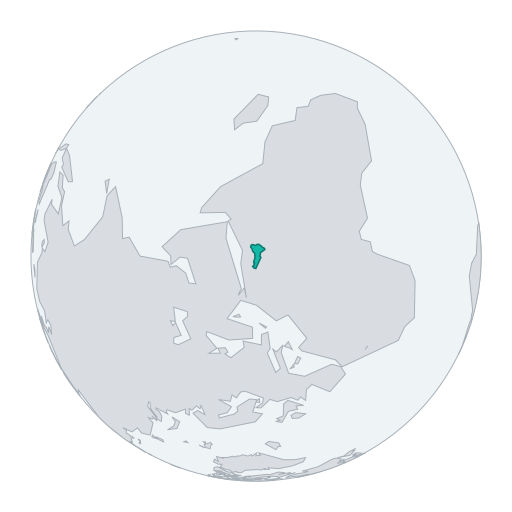 River Nile highlighted on a globe, orthographic projection, rotated 198°
{"feature_id": "SDN-877", "entity_name": "River Nile", "entity_type": "State", "adm_level": 1, "iso_a3": "SDN", "parent_name": "Sudan", "parent_adm1": "", "projection": "orthographic", "projection_center": [33.548, 18.954], "detail": "fine", "context": "on_globe", "style": "filled", "palette": "teal", "viewbox_px": 512, "rotation_deg": 198, "n_neighbors": 0, "source": "natural_earth", "source_scale": "10m", "svg_char_len": 10834}
<svg xmlns="http://www.w3.org/2000/svg" viewBox="0 0 512 512"><g transform="rotate(198 256 256)"><circle cx="256" cy="256" r="225" fill="#eef3f6" stroke="#a8b0b8"/><path d="M273.3,31.4L268.7,31.1L262.3,30.8L273.3,31.4ZM233.9,31.8L232.4,32.0L203.2,37.0L205.2,36.6L195.4,39.3L194.1,40.0L189.1,41.4L192.4,41.0L197.2,39.6L200.3,39.2L200.0,39.7L193.5,41.3L192.7,41.3L190.7,42.1L187.6,42.7L188.9,42.7L181.1,45.0L188.3,43.7L181.6,46.4L176.5,47.7L177.9,46.3L169.4,48.0L169.1,48.2L184.8,42.3L200.9,37.6L217.3,34.1L233.9,31.8ZM148.7,57.9L140.1,62.9L134.6,66.3L126.5,71.7L129.2,70.1L136.4,65.4L139.3,64.4L147.9,59.5L150.3,58.7L158.7,54.8L156.5,57.0L149.8,61.5L142.7,65.1L139.6,67.4L145.6,65.7L131.7,74.9L121.3,85.8L117.8,88.4L112.2,89.3L114.0,84.2L106.9,88.0L110.6,87.5L101.7,95.1L99.9,97.4L99.8,98.5L102.8,96.6L99.6,100.0L94.7,101.0L97.5,97.9L99.0,97.4L99.8,95.4L96.5,97.3L92.3,101.7L91.8,101.8L104.7,89.1L118.5,77.6L133.2,67.1L148.7,57.9ZM32.8,225.3L32.0,232.9L32.2,246.9L32.3,257.8L31.9,262.5L32.8,266.8L32.9,270.6L40.2,287.4L46.9,302.7L48.7,315.6L47.0,325.9L54.6,353.7L54.0,355.8L47.2,340.5L41.5,324.7L36.9,308.6L33.6,292.1L31.6,275.5L30.7,258.8L31.2,242.0L32.8,225.3ZM159.4,53.9L159.0,54.3L157.6,54.8L159.4,53.9ZM163.3,52.0L161.9,52.3L163.6,51.4L164.4,51.3L163.3,52.0ZM164.7,52.0L166.8,50.0L169.8,48.6L175.4,47.0L164.7,52.0ZM303.4,35.8L300.7,35.2L299.9,35.0L303.4,35.8ZM198.9,39.0L193.7,40.5L198.4,38.9L198.9,39.0ZM201.1,38.2L210.9,35.3L218.4,33.9L213.6,34.9L223.6,33.3L222.4,33.9L216.7,35.1L212.1,35.7L215.2,35.6L201.1,38.2ZM295.3,34.4L295.3,34.6L293.4,34.1L295.3,34.4ZM201.9,38.9L203.2,38.2L209.8,36.9L208.4,38.0L206.7,38.0L201.9,38.9ZM226.8,32.7L231.4,32.2L231.8,32.5L233.6,32.5L223.1,33.9L226.8,32.7ZM205.1,38.6L207.5,38.7L204.1,39.9L201.1,39.5L205.1,38.6ZM212.1,36.2L215.2,35.7L213.0,36.3L212.1,36.2ZM193.4,45.1L194.8,43.9L198.4,43.0L193.4,45.1ZM208.6,38.7L209.8,38.3L211.4,37.9L212.2,38.3L208.6,38.7ZM224.0,34.2L223.2,34.6L228.4,33.6L228.8,34.2L221.7,35.2L225.0,35.0L219.1,35.8L224.0,34.2ZM217.8,37.7L208.9,39.8L205.5,42.0L202.2,42.7L208.3,39.1L217.8,37.7ZM219.1,36.5L217.6,37.4L214.3,37.6L213.3,37.2L219.1,36.5ZM231.7,34.3L232.8,33.2L234.4,33.1L231.7,34.3ZM217.5,38.3L219.6,37.8L217.6,38.4L217.5,38.3ZM228.1,35.4L228.3,34.9L230.0,34.7L228.1,35.4ZM223.8,37.5L220.9,38.0L220.1,37.6L223.8,37.5ZM226.3,36.4L228.6,36.4L221.6,37.2L226.1,36.2L226.3,36.4ZM229.7,35.3L230.7,35.1L229.3,35.6L229.7,35.3ZM228.3,38.9L219.7,40.0L218.0,39.0L226.6,38.0L228.3,38.9ZM342.7,48.1L334.5,44.8L345.0,49.0L342.5,48.0L346.2,49.7L353.6,53.1L354.5,53.5L365.8,61.3L383.4,73.6L382.5,71.2L387.3,73.8L406.5,89.1L428.8,115.8L435.5,122.4L439.5,127.8L441.7,132.6L435.9,124.7L433.2,123.3L429.6,118.6L431.2,124.7L426.1,118.2L429.8,126.8L434.3,131.1L434.8,127.6L440.2,138.7L447.6,145.8L454.4,157.3L461.9,182.5L460.6,193.3L461.7,197.5L458.1,194.8L458.0,204.9L468.4,224.0L469.7,230.7L467.4,247.0L466.5,242.1L457.0,234.9L458.6,251.5L465.9,261.1L468.5,275.4L464.4,273.3L461.3,261.0L457.9,258.0L456.5,243.8L449.1,225.1L444.7,231.6L442.8,223.3L431.9,209.4L424.3,218.5L413.9,245.8L416.2,267.4L411.0,278.6L395.2,251.2L388.3,231.3L382.4,234.7L366.3,220.1L338.0,223.8L334.1,218.8L328.8,222.1L317.5,217.9L311.5,209.6L304.6,210.9L320.4,232.7L327.9,231.5L334.2,221.7L337.2,229.8L348.2,235.8L335.7,257.8L293.9,279.7L290.1,263.7L259.8,220.3L260.8,215.3L260.7,214.7L260.4,213.7L257.3,221.9L252.2,213.4L268.1,243.9L270.6,257.2L293.3,280.7L291.1,283.4L298.5,288.0L322.5,279.8L322.6,285.2L311.1,311.1L278.1,345.9L282.7,367.2L280.7,384.9L260.6,397.0L262.9,409.8L252.6,414.4L252.2,421.4L244.3,428.7L230.7,435.1L207.2,434.0L205.3,427.9L192.9,414.9L175.5,382.2L181.0,367.7L178.7,355.6L161.7,326.6L165.4,311.5L161.0,304.3L151.7,304.8L146.7,296.2L141.1,295.2L107.1,294.4L97.1,281.7L86.3,246.2L92.7,234.8L94.6,219.7L139.8,177.3L148.5,181.8L183.1,179.9L187.2,182.2L182.2,193.4L207.4,209.8L216.6,200.6L240.4,209.3L256.8,209.1L264.2,187.5L237.4,187.2L233.7,176.6L255.9,167.7L279.5,169.0L278.8,165.0L264.7,156.1L270.8,148.9L259.8,152.6L263.7,156.6L256.9,159.3L253.0,155.9L255.3,153.3L248.4,151.5L239.0,165.4L242.0,171.1L223.4,173.1L226.5,183.0L221.2,187.3L214.0,172.5L215.3,167.2L201.2,151.3L198.1,156.8L211.2,172.6L206.8,171.1L202.8,179.9L202.3,172.1L188.8,154.6L172.6,156.6L150.6,176.4L141.4,177.0L134.4,171.4L143.8,149.8L163.2,151.1L166.8,144.5L164.1,134.0L170.3,135.6L171.6,131.8L179.0,132.2L190.7,124.1L198.5,123.9L204.3,113.1L209.1,111.8L204.3,118.4L205.1,123.3L224.5,124.0L228.6,121.9L230.8,115.0L235.9,116.5L235.5,109.9L247.3,107.9L232.7,105.1L234.9,98.1L242.6,93.2L240.7,90.7L228.1,98.8L225.4,102.7L227.4,106.6L217.9,118.0L210.9,119.6L210.9,106.6L201.1,107.9L205.4,98.1L236.7,80.5L249.2,77.8L267.3,87.0L263.7,91.0L255.4,89.4L262.0,96.9L262.0,93.4L266.2,95.0L269.4,89.5L272.5,90.4L270.2,84.0L274.4,84.6L275.8,88.6L284.0,82.1L293.1,82.3L293.4,80.5L291.2,78.4L304.2,80.7L303.9,79.3L299.5,77.9L296.0,74.4L295.0,69.4L299.5,70.4L300.5,72.4L309.4,78.5L311.4,84.1L313.1,84.1L312.5,79.5L301.6,72.0L299.7,68.7L305.5,71.7L303.2,70.3L303.7,69.1L308.4,69.0L302.4,65.6L301.3,53.0L310.3,52.3L315.6,55.9L319.6,50.4L329.5,51.6L325.4,50.1L324.6,47.4L321.6,46.9L319.6,46.1L316.2,40.8L318.9,40.9L312.8,38.4L310.7,37.8L308.4,37.5L300.7,35.2L303.4,35.8L323.4,41.0L342.7,48.1ZM123.4,200.7L121.9,205.1L123.4,200.7ZM304.2,181.9L318.5,181.8L312.5,168.8L317.5,167.9L313.6,164.0L312.0,167.9L302.6,157.4L308.9,153.2L307.4,147.7L302.5,147.6L292.4,157.1L305.8,171.8L302.3,177.4L304.2,181.9ZM102.0,95.0L102.3,95.0L101.5,96.7L100.4,97.1L102.0,95.0ZM106.9,98.6L101.6,104.0L104.6,100.2L102.1,101.4L105.2,95.4L116.2,89.4L110.6,92.9L106.9,98.6ZM112.4,86.6L109.2,90.5L112.2,86.5L112.4,86.6ZM171.3,112.7L173.4,115.3L169.9,119.3L160.1,121.3L165.0,115.3L171.3,112.7ZM177.2,118.2L179.9,105.8L186.2,104.7L182.2,107.3L186.1,107.8L180.7,112.3L184.0,124.0L181.1,128.5L164.5,128.7L171.5,125.9L169.0,123.2L177.2,118.2ZM176.0,81.8L177.2,78.0L189.1,80.2L186.5,83.6L176.6,85.3L173.7,82.4L176.0,81.8ZM174.2,50.2L173.9,49.7L175.7,49.1L177.4,49.0L174.2,50.2ZM193.8,44.6L177.3,52.1L176.1,51.8L167.9,57.4L161.6,58.9L167.2,55.1L156.1,60.8L158.6,58.0L151.5,62.2L164.6,53.5L166.4,51.8L166.8,53.0L172.5,51.6L175.5,50.4L185.4,46.1L192.1,42.2L198.9,40.7L201.8,40.7L201.2,41.4L197.0,42.0L199.3,42.5L192.8,44.0L193.8,44.6ZM232.8,50.0L228.2,49.0L231.6,53.1L225.1,53.5L225.9,53.9L220.8,55.6L216.0,58.5L213.2,58.4L212.6,59.7L209.2,61.0L207.4,62.8L201.7,63.3L199.0,65.7L197.8,64.6L194.7,68.7L194.4,66.0L190.1,67.9L192.6,69.6L166.3,70.9L155.5,74.6L146.6,79.6L147.4,75.0L156.3,67.8L168.7,60.8L179.1,58.3L177.5,57.1L182.0,55.6L181.4,57.2L185.1,54.0L188.6,53.4L199.7,49.0L202.9,45.5L207.1,44.1L207.6,45.2L211.3,43.2L215.1,44.4L218.1,43.6L224.8,44.3L224.0,47.4L227.5,46.3L232.8,47.2L232.8,50.0ZM230.0,39.1L230.5,42.0L227.2,43.8L216.9,41.9L213.6,42.5L206.9,42.0L211.8,39.5L213.3,39.8L215.9,39.6L213.3,40.4L217.3,39.6L219.4,40.1L223.1,39.7L222.3,40.7L230.0,39.1ZM192.6,178.2L195.9,178.9L201.2,178.8L198.8,184.6L192.6,178.2ZM183.0,166.3L186.2,165.8L185.3,173.3L181.9,172.8L183.0,166.3ZM188.6,159.5L186.4,165.2L185.5,161.8L188.6,159.5ZM207.2,117.8L210.6,117.2L210.7,118.8L208.5,121.2L207.2,117.8ZM241.5,64.6L239.3,63.1L240.5,62.5L240.1,58.5L244.9,58.3L247.0,60.6L241.5,64.6ZM259.3,191.2L254.2,195.3L251.8,193.3L254.1,192.3L259.3,191.2ZM224.7,190.2L232.3,193.2L224.0,191.8L224.7,190.2ZM246.6,63.6L245.9,61.9L248.7,62.9L246.6,63.6ZM248.4,57.9L251.8,58.7L245.4,57.8L248.4,57.9ZM342.2,455.3L343.1,456.4L339.9,457.3L342.2,455.3ZM319.3,379.5L303.9,410.4L293.2,411.2L291.2,402.9L296.9,384.5L309.3,378.3L315.4,369.4L319.3,379.5ZM477.5,297.3L477.4,297.1L477.6,296.6L477.5,297.3ZM477.4,295.5L478.0,293.8L476.9,298.0L477.4,295.5ZM478.3,292.4L478.2,293.2L478.4,292.1L478.3,292.4ZM476.8,296.9L471.3,303.9L468.5,304.1L469.7,299.8L474.3,296.1L476.8,296.9ZM469.5,299.9L464.4,294.0L453.5,270.1L457.5,268.5L468.1,280.3L467.5,283.8L470.6,289.3L469.5,299.9ZM479.5,270.4L478.9,280.3L476.4,283.5L474.9,283.7L474.0,272.9L474.6,266.1L475.9,264.8L478.2,238.4L479.6,241.5L479.6,251.9L480.5,258.5L479.5,270.4ZM417.3,269.2L422.6,280.5L419.3,283.7L417.3,269.2ZM477.0,221.8L477.5,233.0L476.3,219.0L477.0,221.8ZM474.9,209.5L476.0,213.8L474.7,210.4L474.9,209.5ZM463.8,203.6L462.5,206.2L461.4,203.1L462.4,198.0L463.8,203.6ZM459.5,167.3L463.5,176.3L464.7,179.6L462.1,174.9L459.5,167.3ZM286.5,63.4L281.7,68.8L281.4,73.5L286.2,77.0L277.4,74.8L277.8,67.6L286.5,63.4ZM299.0,53.9L294.8,51.6L297.9,51.5L299.3,52.1L299.0,53.9ZM295.6,53.2L287.9,52.5L286.4,50.6L292.7,51.5L295.6,53.2ZM267.2,57.0L265.5,58.5L263.2,57.5L267.2,57.0ZM454.1,363.2L455.1,361.4L455.2,361.2L454.1,363.2ZM456.6,358.5L461.1,349.0L463.3,344.3L456.6,358.5ZM481.3,258.6L481.0,265.7L480.8,270.0L480.5,274.7L480.8,269.1L479.9,280.5L479.7,281.3L480.2,272.5L480.8,260.2L481.0,254.5L481.2,250.2L481.2,251.4L480.9,259.4L481.0,264.6L481.3,258.6L481.3,258.6ZM480.0,232.0L480.1,232.9L479.2,226.9L479.4,231.4L477.9,217.5L478.9,223.5L480.0,232.0ZM477.7,217.4L478.0,221.5L477.0,213.8L477.7,217.4ZM477.5,219.3L476.4,214.2L476.7,213.8L477.5,219.3ZM477.7,216.9L475.8,207.7L476.9,212.4L477.7,216.9ZM473.3,202.9L475.9,209.1L474.4,208.6L469.4,191.8L469.6,190.0L473.3,202.9ZM443.0,130.8L440.1,126.8L439.0,124.7L441.3,128.0L443.0,130.8ZM435.5,119.8L437.7,123.0L441.4,129.3L442.6,130.5L447.5,138.4L443.3,132.8L437.3,123.1L435.2,119.7L430.5,113.6L426.6,108.9L435.5,119.8ZM425.0,107.1L420.2,101.8L417.6,99.1L425.0,107.1ZM413.5,94.9L417.7,99.2L405.7,87.7L413.5,94.9ZM402.7,85.1L402.3,84.9L383.9,71.6L380.0,68.9L393.9,78.0L394.4,78.4L398.9,82.0L402.7,85.1ZM297.7,35.0L295.5,34.6L296.9,34.7L297.7,35.0ZM317.9,46.0L315.4,44.9L317.1,44.8L317.9,46.0ZM309.5,42.0L309.2,42.8L307.6,41.5L309.5,42.0ZM309.1,45.0L308.2,43.0L311.7,45.6L309.1,45.0Z" fill="#d9dde1" stroke="#a8b0b8" stroke-width="1"/><path d="M252.3,244.0L252.7,244.0L253.1,244.0L253.5,244.0L253.8,244.0L254.2,244.0L254.6,244.0L256.0,245.2L255.0,246.0L255.2,246.3L255.2,246.5L255.3,246.6L255.3,246.8L255.2,247.0L255.1,247.3L255.1,247.6L255.1,247.8L255.0,248.0L255.0,248.3L255.3,248.4L255.3,248.5L255.5,248.8L255.8,248.9L256.0,248.9L256.0,249.0L256.2,249.4L256.2,249.5L256.3,249.6L256.4,249.8L256.5,249.9L256.5,250.0L256.5,250.3L256.5,250.5L256.4,250.7L256.4,251.0L256.3,251.4L256.3,251.7L256.3,251.9L256.5,252.5L256.5,253.1L256.5,253.3L256.5,253.6L256.4,253.9L256.4,254.0L258.1,258.2L258.2,258.3L258.8,258.5L259.5,258.8L260.3,259.3L260.8,259.7L260.9,259.9L261.0,260.0L261.5,260.9L261.9,261.5L262.1,261.7L263.9,262.9L264.0,264.2L263.9,264.7L263.8,265.1L263.6,265.3L263.3,265.5L263.0,265.7L262.7,265.8L262.4,265.9L259.9,265.9L259.7,265.9L259.5,266.0L258.6,267.3L258.5,267.5L257.9,267.6L257.3,267.9L257.0,267.9L256.8,268.0L256.6,267.9L256.3,267.8L255.8,267.6L253.9,267.1L252.8,266.4L252.6,266.3L250.6,266.0L250.4,265.9L250.2,265.8L249.7,265.2L249.6,264.9L252.4,261.0L252.8,260.3L252.7,260.0L252.7,259.8L252.3,258.7L252.4,257.1L250.9,256.2L252.3,244.0Z" fill="#14b8a6" stroke="#0f766e" stroke-width="1.5"/></g></svg>